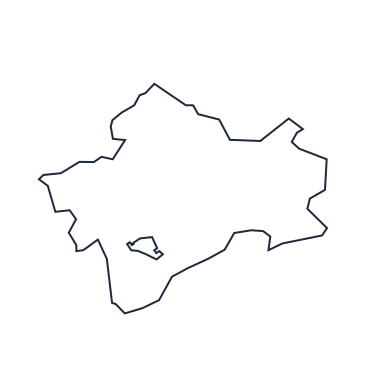 Karmana, Navoi, Uzbekistan (Mercator projection), rotated 145°
{"feature_id": "79887680B23954211598190", "entity_name": "Karmana", "entity_type": "district", "adm_level": 2, "iso_a3": "UZB", "parent_name": "Uzbekistan", "parent_adm1": "Navoi", "projection": "mercator", "projection_center": [65.268, 40.01], "detail": "fine", "context": "isolated", "style": "outline", "palette": "slate", "viewbox_px": 384, "rotation_deg": 145, "n_neighbors": 0, "source": "geoboundaries", "source_scale": "gbopen_adm2", "svg_char_len": 1092}
<svg xmlns="http://www.w3.org/2000/svg" viewBox="0 0 384 384"><g transform="rotate(145 192 192)"><path d="M160.8,302.2L173.6,299.7L179.3,301.3L189.6,296.2L204.0,297.4L215.9,296.5L221.0,292.3L226.3,280.9L217.0,272.9L238.2,264.3L245.9,272.7L255.2,272.8L267.0,281.3L288.6,282.6L304.0,291.2L310.1,290.2L306.6,279.7L315.3,254.2L302.7,247.2L302.6,236.2L316.3,229.3L317.2,214.9L320.6,209.9L314.4,206.7L296.4,207.0L300.1,186.1L321.1,147.0L318.8,144.1L316.7,131.1L299.3,125.3L281.0,122.3L257.0,134.1L238.7,132.0L217.6,128.1L198.3,126.0L180.9,134.2L165.3,126.6L156.1,119.1L153.4,110.6L162.7,100.5L147.5,98.0L110.4,81.8L102.1,85.0L107.1,112.1L99.2,119.0L81.8,117.5L62.9,141.6L79.4,166.0L81.6,175.8L72.0,180.4L65.1,179.9L70.6,196.7L106.8,194.6L131.0,213.0L128.2,235.8L142.3,252.2L141.4,262.4L147.3,266.6L160.8,302.2ZM262.3,161.7L265.7,168.0L270.2,174.9L275.2,179.1L275.0,186.6L271.8,186.5L271.7,183.0L269.7,182.9L269.7,184.0L261.4,183.8L259.6,182.9L250.6,178.0L252.8,165.9L256.3,165.9L256.3,162.4L252.7,162.4L251.6,157.7L259.6,157.1L262.3,161.7Z" fill="none" stroke="#1e293b" stroke-width="2"/></g></svg>